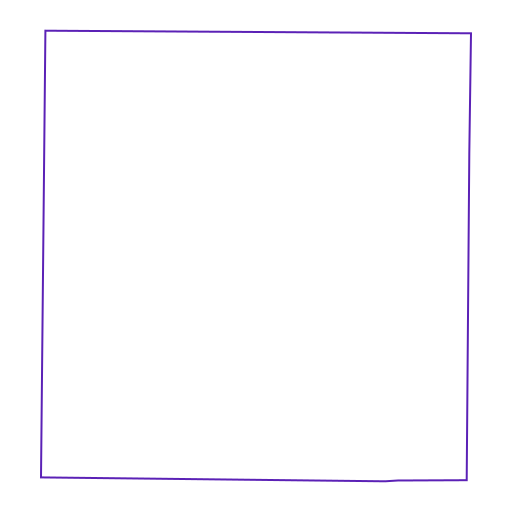 the district of Nolan, Texas, United States of America
{"feature_id": "52423323B36812497972126", "entity_name": "Nolan", "entity_type": "district", "adm_level": 2, "iso_a3": "USA", "parent_name": "United States of America", "parent_adm1": "Texas", "projection": "natural_earth1", "projection_center": [-100.301, 32.303], "detail": "fine", "context": "isolated", "style": "outline", "palette": "violet", "viewbox_px": 512, "rotation_deg": 0, "n_neighbors": 0, "source": "geoboundaries", "source_scale": "gbopen_adm2", "svg_char_len": 218}
<svg xmlns="http://www.w3.org/2000/svg" viewBox="0 0 512 512"><path d="M471.0,33.3L45.4,30.7L41.0,477.4L385.1,481.3L397.7,480.5L466.7,480.2L469.3,152.9L471.0,33.3Z" fill="none" stroke="#5b21b6" stroke-width="2"/></svg>